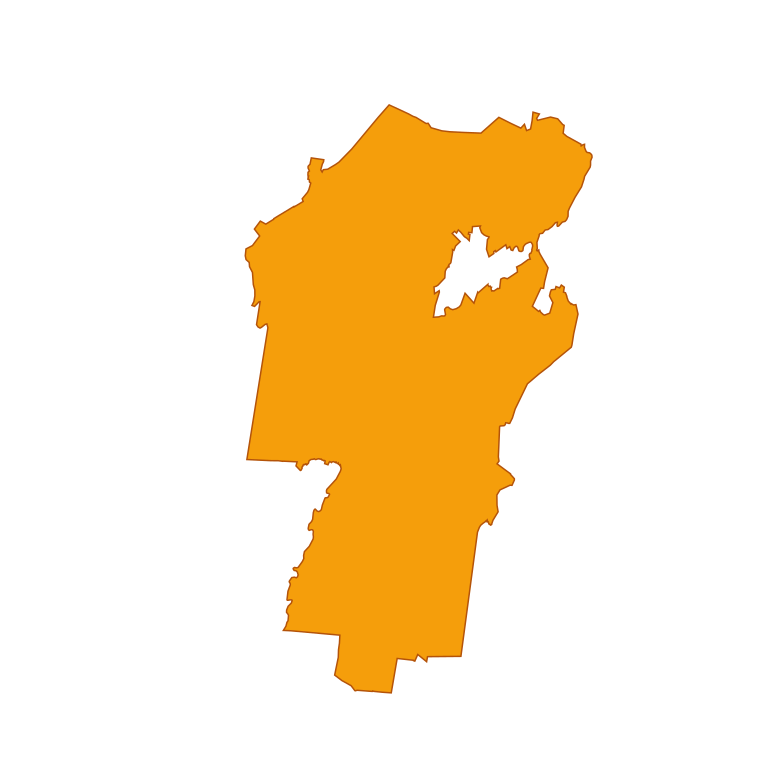 Abavas pag., Talsi, Latvia, rotated 286°
{"feature_id": "27541924B53865799489570", "entity_name": "Abavas pag.", "entity_type": "district", "adm_level": 2, "iso_a3": "LVA", "parent_name": "Latvia", "parent_adm1": "Talsi", "projection": "robinson", "projection_center": [22.52, 57.069], "detail": "fine", "context": "isolated", "style": "filled", "palette": "amber", "viewbox_px": 768, "rotation_deg": 286, "n_neighbors": 0, "source": "geoboundaries", "source_scale": "gbopen_adm2", "svg_char_len": 6160}
<svg xmlns="http://www.w3.org/2000/svg" viewBox="0 0 768 768"><g transform="rotate(286 384 384)"><path d="M653.7,312.0L638.7,304.9L600.9,288.2L584.8,279.5L581.5,276.8L574.9,270.6L573.3,266.6L570.7,266.1L572.4,264.2L578.3,264.1L581.1,264.6L583.0,264.3L581.3,251.8L574.9,252.3L572.5,251.1L571.9,251.1L570.5,251.6L568.2,253.6L566.6,252.6L563.8,253.3L563.1,253.7L563.1,254.2L562.0,253.9L561.6,254.4L560.2,254.3L559.9,254.4L560.0,255.3L559.6,255.9L557.6,256.7L557.0,258.2L550.2,258.2L547.3,257.7L539.5,254.3L537.2,256.0L529.4,248.7L529.8,248.4L517.5,237.0L512.6,232.5L512.0,232.6L505.1,226.3L506.5,220.2L497.2,216.7L492.0,223.7L480.8,219.4L475.8,214.1L469.0,215.3L465.6,217.1L463.7,220.9L459.7,222.4L455.0,226.8L443.5,231.0L438.8,233.9L433.1,235.6L428.6,236.1L427.3,236.2L423.1,235.4L422.9,238.2L428.7,241.3L429.0,242.2L405.9,245.1L404.1,247.2L403.6,249.4L404.7,250.6L408.5,253.3L409.5,254.8L406.1,256.9L273.6,273.0L279.2,296.7L281.1,303.4L281.8,308.1L282.0,308.2L285.2,321.9L281.0,322.0L277.8,327.4L278.2,328.0L280.3,328.5L281.5,328.1L282.8,328.7L283.6,328.5L284.5,329.1L284.3,329.5L284.5,329.8L285.5,330.5L285.3,330.9L285.6,331.3L285.0,331.6L284.9,332.0L287.0,333.2L289.6,333.2L291.3,334.6L292.2,336.8L292.9,337.6L292.5,338.6L292.6,339.3L294.1,341.5L294.0,342.4L294.4,342.9L294.2,343.5L294.5,344.6L293.8,345.4L294.0,346.2L293.6,347.1L294.1,348.0L293.8,348.7L291.1,348.9L290.9,352.4L293.6,352.8L294.5,353.4L294.0,355.2L294.9,355.6L295.5,357.0L295.2,358.4L295.8,359.2L295.1,359.4L295.3,360.0L294.7,361.1L294.7,361.7L295.3,361.9L294.3,362.6L294.1,363.5L293.4,363.5L293.7,363.6L293.4,364.1L294.1,364.4L290.6,366.2L288.0,366.1L279.4,364.3L267.0,358.1L265.4,358.1L263.6,358.8L263.4,359.4L263.5,361.1L263.1,362.0L262.8,362.1L260.0,361.5L259.2,360.9L258.4,358.9L257.6,358.7L250.7,358.1L245.9,358.4L244.2,357.4L243.4,356.5L243.4,354.8L244.8,352.5L244.5,351.9L243.3,351.5L240.9,351.5L234.3,352.7L231.8,352.3L228.5,350.6L224.4,350.9L223.2,351.5L222.7,352.4L224.0,354.4L224.1,355.4L223.8,356.0L222.6,356.8L220.2,357.2L217.5,358.3L215.4,358.6L207.3,356.9L201.0,353.7L197.0,354.0L194.1,355.0L191.0,354.5L184.0,352.0L183.2,350.7L183.0,348.6L182.1,347.7L181.3,347.6L180.0,349.0L180.2,351.1L179.4,352.5L176.8,354.1L174.8,354.0L173.6,353.2L173.6,351.0L172.5,348.7L168.3,347.3L167.6,347.5L166.4,348.8L165.1,349.3L158.4,348.8L149.9,350.2L149.5,350.6L149.6,351.2L150.7,353.5L151.0,354.9L150.4,355.4L147.9,355.3L143.9,353.1L139.9,352.7L137.7,353.2L136.1,355.3L135.2,356.0L130.0,357.0L128.1,356.4L124.2,356.5L119.4,355.2L121.1,362.4L130.4,410.8L122.6,412.6L116.1,413.5L108.6,415.4L90.6,416.8L87.3,425.3L84.9,435.6L81.2,440.5L81.2,441.0L82.2,442.6L85.1,456.8L85.4,457.8L85.8,457.8L85.8,459.3L87.3,467.6L89.1,476.1L123.8,472.3L126.4,487.5L126.5,488.5L126.2,488.6L126.1,490.0L133.3,491.0L128.8,501.5L133.9,501.0L143.4,533.0L267.4,514.7L272.6,515.2L274.9,515.9L277.6,517.7L279.4,519.2L281.0,520.0L280.2,520.8L281.1,521.0L280.0,521.4L280.3,522.1L278.3,523.5L278.2,524.0L278.4,524.3L277.7,525.2L278.4,526.0L278.2,526.6L278.7,526.1L283.0,526.3L292.6,528.9L298.5,526.1L308.4,523.1L314.2,524.7L321.4,533.0L321.9,535.0L327.6,535.8L328.9,535.4L332.0,530.5L332.5,530.4L338.4,514.7L341.6,515.8L345.5,514.0L374.8,506.9L375.7,507.3L377.0,510.9L378.2,511.7L380.3,511.7L380.6,513.7L380.4,514.2L380.8,515.7L386.8,516.8L396.2,517.0L423.7,521.8L435.8,529.8L448.0,538.7L452.3,541.0L471.0,553.9L473.3,553.9L484.6,552.5L504.7,551.2L513.2,546.6L512.2,544.5L512.9,541.7L512.4,541.6L514.6,538.2L518.4,535.5L518.7,535.6L521.7,533.3L521.8,531.2L526.8,530.6L528.0,527.2L524.8,526.3L525.1,522.5L522.2,522.5L520.7,518.9L518.4,518.6L514.3,518.8L508.8,523.9L497.8,523.8L494.5,519.4L494.6,518.1L496.2,514.8L497.7,513.5L496.4,512.6L499.6,505.2L519.4,508.3L519.9,511.0L526.5,510.2L540.9,509.7L551.8,498.3L554.0,496.4L555.5,495.8L554.2,494.6L554.8,493.8L556.5,494.0L562.2,492.0L563.5,492.0L569.2,492.3L570.4,492.0L571.5,492.5L572.6,494.9L576.3,496.4L576.7,496.9L577.6,499.0L578.2,499.5L581.6,502.1L586.3,504.3L587.3,506.1L584.6,506.5L583.7,506.9L583.4,507.3L583.6,507.8L584.2,508.5L588.8,510.8L590.2,513.2L592.2,514.2L595.9,514.7L600.8,513.4L604.4,513.8L616.2,516.2L627.9,519.5L636.1,519.8L638.9,519.6L649.3,522.4L651.4,522.2L655.3,521.1L659.3,521.5L661.3,520.7L662.1,519.7L662.9,518.0L662.6,515.4L663.4,514.1L666.7,511.5L669.7,510.7L668.9,509.4L667.3,507.9L668.8,507.2L672.4,491.5L674.4,487.1L682.3,485.9L682.7,484.2L686.8,477.9L686.5,470.5L679.8,458.9L681.4,457.5L686.4,458.9L686.4,452.3L677.9,453.8L669.5,454.6L666.9,451.2L672.4,447.4L667.7,445.0L669.4,434.6L672.0,420.9L651.9,408.1L647.8,391.4L644.6,377.7L643.3,369.8L643.3,358.6L646.8,354.6L646.0,352.6L649.1,341.3L649.3,338.0L650.4,333.2L653.7,312.0ZM508.5,456.4L497.5,449.3L498.0,448.8L486.5,448.2L493.6,436.9L481.2,436.1L478.9,435.1L476.3,432.7L474.4,429.6L474.5,427.1L475.6,424.5L474.8,422.8L473.2,421.9L472.1,421.8L467.7,424.0L466.4,423.7L465.9,423.0L465.3,420.5L463.6,418.1L461.8,413.1L473.7,411.6L487.6,411.9L488.9,411.3L484.7,407.7L491.1,405.3L492.5,407.4L494.0,408.7L502.7,413.2L509.2,411.8L511.6,412.1L514.0,413.1L514.4,414.2L515.4,414.0L515.5,413.4L516.9,413.6L518.3,414.6L519.3,414.8L529.6,413.7L532.1,412.8L531.7,414.4L536.4,414.8L541.9,418.0L547.5,408.0L550.2,409.7L549.1,412.1L552.6,413.0L550.9,416.2L548.1,420.2L547.4,421.7L547.1,423.2L545.3,426.4L551.3,425.4L551.3,423.8L553.1,423.6L553.7,426.8L559.7,425.7L562.5,433.2L560.6,433.0L556.4,436.1L555.0,438.8L554.4,441.6L554.4,444.4L553.3,444.4L551.4,443.6L541.8,445.4L535.2,449.9L539.7,453.6L541.5,453.0L542.9,454.2L541.8,455.2L551.4,462.7L548.0,464.9L550.7,467.0L547.8,469.3L547.8,471.0L551.1,471.6L552.8,472.9L552.9,473.9L552.1,475.0L549.2,476.9L548.9,478.3L549.3,479.7L550.6,480.7L554.5,480.2L557.1,481.2L558.2,482.1L560.3,484.6L560.8,486.0L560.6,486.6L559.0,488.3L557.4,488.9L553.7,489.1L552.8,489.5L550.1,489.1L549.7,488.3L548.3,488.0L546.3,488.8L544.3,490.2L543.4,488.3L536.6,483.0L533.0,479.2L531.1,480.4L528.4,481.4L519.2,473.6L519.2,470.3L518.4,468.8L516.9,467.3L507.9,468.8L507.1,467.6L507.3,467.1L503.7,464.0L503.6,462.7L503.1,462.1L504.5,460.9L505.9,460.5L506.6,460.7L506.6,459.8L507.4,459.0L506.6,458.0L507.7,456.6L508.5,456.4Z" fill="#f59e0b" stroke="#b45309" stroke-width="1.5"/></g></svg>